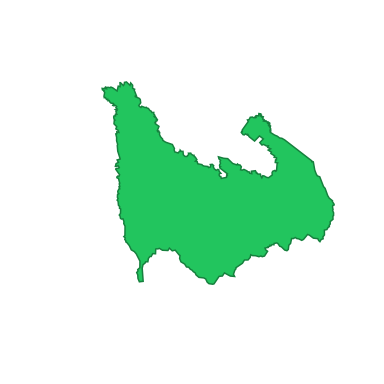 the district of Ciénaga, Magdalena, Colombia, rotated 126°
{"feature_id": "7082276B78010874315873", "entity_name": "Ciénaga", "entity_type": "district", "adm_level": 2, "iso_a3": "COL", "parent_name": "Colombia", "parent_adm1": "Magdalena", "projection": "equal_earth", "projection_center": [-74.061, 10.857], "detail": "fine", "context": "isolated", "style": "filled", "palette": "green", "viewbox_px": 384, "rotation_deg": 126, "n_neighbors": 0, "source": "geoboundaries", "source_scale": "gbopen_adm2", "svg_char_len": 6030}
<svg xmlns="http://www.w3.org/2000/svg" viewBox="0 0 384 384"><g transform="rotate(126 192 192)"><path d="M295.6,181.8L293.0,179.0L282.9,187.5L279.6,188.9L277.1,188.2L275.8,188.5L274.4,186.7L271.4,188.2L269.0,188.2L268.2,187.1L265.0,187.6L263.4,185.2L259.5,187.8L258.6,187.1L258.1,186.1L256.8,185.4L256.5,181.7L253.5,177.1L250.7,177.3L251.2,173.4L248.9,171.4L250.5,165.4L250.4,164.4L253.1,162.9L255.0,159.9L254.6,155.6L255.9,152.4L254.8,150.5L255.5,147.9L255.2,146.1L255.7,144.0L255.5,142.0L256.7,140.0L257.0,136.2L254.6,132.0L254.3,129.8L256.0,126.7L256.2,124.4L254.4,121.0L253.4,120.2L244.3,120.5L242.1,118.0L238.4,118.2L237.5,111.6L235.3,107.9L234.2,110.1L230.1,111.4L228.3,111.3L227.5,112.0L220.0,109.3L216.2,109.6L214.0,106.7L210.7,106.5L208.2,107.6L207.9,105.7L206.1,103.0L205.0,99.8L203.2,98.6L203.1,97.2L201.2,95.7L195.5,96.0L195.5,98.4L194.4,100.0L192.1,97.8L191.7,98.3L190.2,97.2L189.3,97.6L189.1,96.5L187.6,96.4L186.5,94.7L185.4,95.4L183.4,93.5L183.2,92.3L184.3,89.1L183.8,87.4L184.5,82.9L183.7,80.7L181.9,80.3L178.1,82.4L175.7,82.0L171.1,84.1L170.2,82.7L168.1,81.7L168.1,79.9L167.2,78.2L166.6,74.8L164.8,73.9L158.4,73.5L157.9,71.6L158.0,66.7L155.8,62.8L156.8,61.0L157.0,59.3L154.5,59.6L152.8,58.4L151.4,59.7L148.9,59.6L145.0,62.5L143.1,60.8L140.7,61.1L139.3,60.5L138.6,61.3L136.6,61.4L134.8,62.8L131.2,61.9L128.8,63.8L127.9,63.6L125.6,65.2L124.4,67.3L123.4,67.5L121.6,69.4L120.1,70.2L119.1,69.4L118.4,69.8L117.2,72.9L116.5,73.2L116.3,77.4L115.2,80.0L110.8,86.5L110.3,88.8L104.6,97.6L105.3,100.1L104.4,102.1L102.1,105.6L96.3,111.6L96.6,113.0L97.6,112.4L96.4,113.6L95.4,147.6L95.7,150.8L96.8,152.9L96.7,155.7L97.4,158.7L97.7,163.7L96.3,164.1L96.7,164.9L95.7,165.4L94.8,165.2L93.6,167.7L93.5,166.8L92.4,167.3L92.5,168.3L93.0,167.9L93.0,168.9L92.1,168.5L91.3,169.2L91.8,169.4L91.2,170.0L91.6,170.4L92.1,169.6L91.9,170.9L90.6,170.0L90.6,171.7L91.3,171.9L90.9,173.7L91.2,174.2L91.5,173.7L92.0,174.8L91.7,174.6L91.5,175.1L91.9,174.9L92.2,175.4L91.4,175.2L91.2,175.7L91.7,176.9L91.2,177.9L91.6,178.0L90.7,177.8L90.4,178.4L90.2,177.6L90.0,178.9L89.3,178.8L89.5,179.4L90.3,179.1L90.2,181.1L89.7,181.6L89.8,180.9L88.9,181.2L89.1,182.2L88.4,182.4L89.2,184.0L91.2,182.8L92.5,185.0L93.7,185.2L93.8,184.0L94.3,184.0L95.8,186.1L95.8,187.1L97.3,188.8L100.0,188.4L101.1,189.5L102.0,187.9L112.2,187.8L113.5,186.8L113.8,187.4L114.9,187.1L115.6,184.3L115.0,183.2L113.5,182.9L113.4,180.7L112.6,180.7L113.7,178.2L114.0,171.3L107.0,170.4L107.1,165.5L112.2,166.2L112.9,163.0L111.4,162.0L111.0,158.7L109.8,157.4L111.4,157.0L110.9,153.8L113.3,155.0L113.1,151.2L114.5,150.8L114.2,146.4L115.7,145.9L114.6,143.8L116.4,142.6L116.9,143.3L119.2,142.0L118.1,139.8L119.4,139.6L124.8,136.3L126.0,136.4L125.8,137.6L127.8,138.9L129.3,138.6L131.0,137.1L135.4,138.4L136.3,140.2L136.6,143.0L137.2,144.3L139.5,143.8L138.8,145.4L137.3,147.2L138.8,149.2L138.3,151.0L138.8,151.1L137.5,153.2L140.2,156.1L142.0,154.4L142.9,156.3L142.0,157.1L143.0,159.2L142.6,159.8L143.2,163.3L144.8,164.2L145.5,165.8L142.6,166.9L141.9,169.0L142.7,170.3L142.6,171.7L143.7,171.6L145.0,175.9L144.0,182.7L146.1,186.2L148.0,191.3L149.4,189.6L149.6,187.5L151.0,187.2L152.0,185.8L154.1,185.5L155.0,184.5L154.9,183.9L155.5,184.2L156.2,183.4L156.5,174.0L157.5,174.1L158.0,173.1L158.6,173.5L159.9,172.7L163.8,176.3L162.5,177.8L163.0,178.7L162.3,180.1L161.0,180.6L159.9,179.6L159.3,182.3L158.3,183.2L158.5,184.4L160.2,185.1L160.2,187.5L159.1,189.6L157.9,190.0L157.7,191.9L159.0,193.3L159.3,192.6L161.0,191.8L162.5,193.0L162.0,194.1L163.9,197.4L164.3,199.0L164.0,200.1L165.8,203.9L164.4,205.6L165.1,207.4L163.0,207.0L161.8,209.9L162.0,211.1L161.1,211.9L161.7,212.7L161.8,215.0L161.3,215.8L162.7,217.7L163.4,216.8L166.2,217.0L167.4,218.7L167.0,220.9L164.4,223.2L165.4,224.4L165.1,226.1L166.1,225.5L166.5,226.1L168.5,226.1L169.7,229.4L168.4,231.3L167.2,231.7L165.1,235.8L167.2,242.6L167.4,246.0L166.5,246.8L165.8,249.9L164.6,252.1L162.8,253.2L162.8,254.2L162.2,254.5L162.3,255.2L163.2,255.1L162.9,256.1L158.3,257.3L158.3,261.8L157.7,262.0L157.6,263.4L157.2,262.3L156.0,262.9L155.2,262.2L154.0,262.4L154.0,263.3L153.7,263.0L152.7,265.6L153.4,266.3L153.1,267.1L152.4,266.5L151.6,267.6L151.6,268.6L150.1,269.7L151.3,271.2L150.6,272.4L150.8,274.1L150.0,276.4L150.5,277.3L150.3,278.7L151.3,279.6L152.2,283.1L153.6,283.0L153.7,284.9L153.3,285.9L150.0,285.9L147.7,288.1L147.2,289.4L148.2,294.0L147.7,294.3L146.9,293.4L143.5,298.7L142.6,298.8L143.0,301.0L140.5,302.8L139.8,305.7L142.2,304.8L141.5,309.7L143.0,311.1L145.0,310.1L146.2,310.1L145.6,314.1L145.9,314.5L149.0,312.1L149.7,313.9L154.3,312.0L154.3,317.3L154.8,319.3L155.8,319.6L156.7,321.6L157.5,322.0L157.9,323.7L158.6,323.7L158.9,322.2L161.0,325.6L162.0,324.5L161.7,322.6L162.4,322.4L162.7,321.2L166.3,319.5L167.3,318.4L166.5,317.6L167.4,315.5L166.5,314.7L167.6,313.6L166.7,312.7L167.6,311.1L167.7,309.7L166.6,307.8L166.8,307.1L168.5,307.0L168.1,305.7L167.2,305.6L167.0,304.5L167.1,303.2L168.4,303.2L168.9,301.3L170.3,302.4L170.2,300.7L171.4,301.0L171.8,300.1L172.7,299.9L173.3,298.5L174.3,299.6L175.4,298.7L176.2,299.8L177.3,299.5L178.8,298.0L179.1,296.7L179.5,297.1L182.7,295.2L183.4,291.3L185.7,290.7L185.5,288.2L186.8,286.3L187.5,288.2L189.0,287.1L189.8,287.8L192.1,285.1L194.9,283.1L197.2,280.1L198.3,279.8L202.6,276.1L207.5,269.5L210.1,271.4L211.3,268.9L213.6,270.1L216.2,269.1L215.1,267.7L214.1,267.4L215.0,265.2L215.9,265.4L217.6,267.3L218.4,267.1L220.6,260.7L222.2,260.4L222.7,261.4L224.1,261.6L224.6,261.1L224.3,259.4L227.4,255.6L228.1,255.7L230.1,253.6L230.7,254.1L231.9,252.4L232.4,252.9L235.0,252.5L236.5,251.1L236.5,250.3L237.9,250.7L240.2,249.2L240.7,248.0L242.6,247.8L242.9,246.4L246.0,243.7L246.3,242.0L247.8,241.1L247.6,239.8L251.3,237.3L253.4,237.3L253.7,236.1L255.4,234.3L255.3,233.1L254.3,232.1L255.9,229.7L257.7,228.6L259.0,226.1L266.6,220.7L268.2,220.9L268.2,219.2L270.0,218.4L270.2,217.1L271.3,216.1L271.2,215.0L272.2,211.3L274.5,207.1L274.1,203.7L274.8,200.8L278.5,193.5L283.9,189.7L286.7,190.3L287.6,189.3L289.7,189.4L290.9,187.2L293.7,184.9L295.6,181.8Z" fill="#22c55e" stroke="#15803d" stroke-width="1.5"/></g></svg>